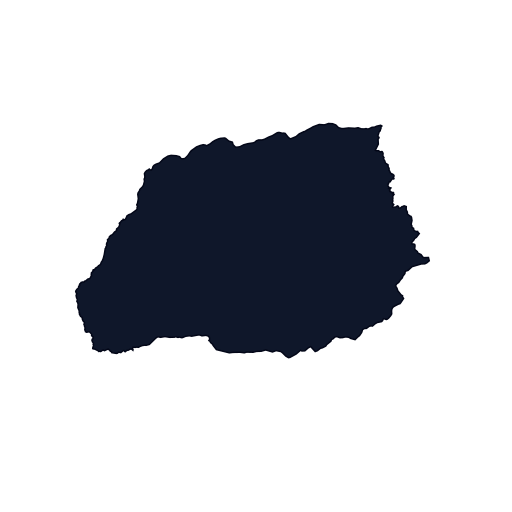 the district of Medina, Cundinamarca, Colombia, rotated 45°
{"feature_id": "7082276B34951383474081", "entity_name": "Medina", "entity_type": "district", "adm_level": 2, "iso_a3": "COL", "parent_name": "Colombia", "parent_adm1": "Cundinamarca", "projection": "equal_earth", "projection_center": [-73.418, 4.478], "detail": "fine", "context": "isolated", "style": "filled", "palette": "ink", "viewbox_px": 512, "rotation_deg": 45, "n_neighbors": 0, "source": "geoboundaries", "source_scale": "gbopen_adm2", "svg_char_len": 6107}
<svg xmlns="http://www.w3.org/2000/svg" viewBox="0 0 512 512"><g transform="rotate(45 256 256)"><path d="M355.6,124.7L353.8,124.7L352.9,124.3L351.8,125.5L349.7,126.3L347.8,125.0L346.0,125.5L345.0,124.5L343.3,123.9L341.2,120.6L338.6,118.7L337.5,118.4L336.8,118.8L333.6,119.3L331.9,117.9L329.5,117.1L327.3,114.8L325.2,115.8L325.1,116.6L324.3,117.9L324.2,119.8L323.2,121.0L322.7,121.1L321.7,120.2L320.5,120.6L320.2,122.6L318.4,124.6L317.7,124.7L317.3,124.3L317.0,122.2L314.9,122.3L313.9,120.3L312.9,119.7L312.2,118.6L310.4,117.0L310.0,114.8L309.0,115.2L308.6,114.1L307.9,114.1L307.3,115.2L306.6,115.0L305.1,115.7L304.7,115.1L303.7,115.0L303.3,112.5L302.7,112.8L301.8,114.2L301.3,113.3L299.7,113.2L298.7,111.9L298.6,111.1L298.1,110.9L298.0,109.8L297.7,109.2L298.4,108.7L297.9,106.4L298.0,104.5L298.8,104.3L298.9,103.8L298.5,103.5L297.5,103.5L297.2,102.1L296.5,101.4L294.6,101.5L294.2,102.3L293.7,102.0L292.4,102.2L290.3,101.4L289.6,101.4L288.1,99.9L286.4,99.5L284.8,98.1L281.9,98.8L279.5,97.6L277.8,97.3L277.2,96.8L277.0,96.0L274.9,95.5L273.2,93.5L271.6,93.0L271.1,93.1L270.3,94.5L268.2,94.9L266.6,96.6L265.6,96.9L263.4,90.4L259.8,87.2L259.4,85.4L258.9,85.1L258.3,85.3L257.4,85.1L255.3,81.2L255.3,79.6L254.6,78.7L254.3,77.6L253.2,76.5L253.1,75.1L251.7,75.4L249.5,78.9L248.7,81.1L247.0,83.0L246.0,86.0L245.3,87.2L243.7,88.1L242.7,89.6L240.6,91.6L237.5,93.1L235.6,95.8L230.9,100.0L227.6,104.2L226.3,105.4L223.6,106.9L219.8,106.9L216.6,108.3L213.6,111.0L212.0,114.3L211.2,115.3L207.7,118.3L205.0,124.2L204.4,126.6L202.9,131.3L202.6,133.1L201.8,134.5L200.2,139.0L199.9,143.2L197.7,148.5L196.7,149.1L194.4,149.2L189.9,148.7L188.7,149.5L187.8,150.6L185.2,152.1L184.4,152.9L183.8,154.0L182.5,159.3L180.9,162.9L179.5,167.3L178.2,169.7L175.7,172.2L174.8,174.3L174.7,176.4L174.0,178.0L170.7,182.5L168.7,186.0L167.4,190.0L166.3,191.6L164.6,193.5L161.1,193.5L158.8,192.2L155.4,194.0L151.3,194.3L150.3,194.8L147.7,197.9L146.6,199.8L145.3,203.1L144.6,205.9L144.3,209.1L143.3,212.4L142.8,213.2L141.9,213.3L140.0,214.6L138.4,217.3L136.8,220.9L135.8,227.1L135.8,228.2L136.8,233.3L136.8,237.2L135.5,239.1L134.2,240.1L131.7,239.8L128.7,241.5L124.8,244.9L123.1,247.6L121.9,252.7L122.0,258.4L120.4,261.7L119.8,263.8L119.9,265.5L121.1,267.9L121.2,269.3L120.4,269.9L119.0,270.0L119.0,271.4L118.5,272.1L118.3,273.4L118.4,275.2L118.9,276.7L121.1,278.3L122.1,279.5L122.5,280.7L124.3,282.0L126.3,285.4L126.8,287.2L126.8,291.0L127.6,292.6L127.9,294.5L128.7,295.9L132.3,298.7L135.0,302.6L135.4,304.0L135.8,304.3L137.1,304.4L137.5,305.7L138.4,306.4L138.9,307.8L137.9,314.5L136.8,316.8L136.4,318.9L137.1,320.5L137.7,322.5L137.0,324.0L136.3,323.8L136.1,324.0L136.5,325.0L136.0,326.2L136.3,328.2L136.1,329.1L136.3,329.6L136.9,329.5L138.3,331.8L138.5,333.4L138.3,335.4L138.5,335.8L139.2,335.9L139.3,337.9L139.0,339.0L139.4,342.4L138.8,344.0L138.7,346.0L139.6,347.6L139.4,349.4L140.9,350.6L141.1,351.8L141.9,353.4L142.9,353.7L143.5,355.8L144.1,356.3L144.1,357.3L147.7,362.3L149.7,365.7L150.8,368.3L151.0,369.8L151.9,371.6L151.9,373.0L151.5,374.2L151.7,375.6L151.1,378.0L151.5,380.0L150.8,380.6L150.7,381.3L151.5,382.0L151.6,384.5L152.2,384.9L152.9,386.0L153.8,386.3L153.9,387.7L154.5,389.4L153.4,391.2L153.2,394.1L152.6,395.0L152.8,396.4L151.9,396.8L151.0,398.4L151.3,399.2L151.1,400.0L151.3,400.9L152.2,401.6L152.0,402.8L152.4,403.1L153.1,404.3L152.9,406.3L153.4,408.4L154.8,409.2L155.8,409.2L156.8,411.2L158.8,412.5L160.2,412.8L161.5,414.8L162.7,415.0L164.2,415.8L166.6,418.5L169.8,419.8L170.8,420.9L171.6,421.2L172.1,421.9L174.6,422.7L176.6,422.4L177.8,423.4L179.7,424.2L181.6,424.2L182.9,426.2L183.5,426.2L184.7,427.1L185.8,427.5L187.2,429.3L188.3,429.6L188.9,430.1L190.1,429.7L191.7,427.4L194.6,427.4L195.4,427.7L196.1,428.6L198.0,428.5L199.2,429.7L199.0,430.7L199.7,431.7L201.2,432.4L202.6,432.4L203.4,433.7L204.0,433.8L204.5,434.3L205.3,436.0L206.0,436.9L206.4,436.9L207.9,435.8L211.6,434.6L212.3,434.7L212.9,433.8L213.6,433.5L213.9,432.7L214.0,431.6L214.5,430.5L215.8,430.1L216.7,427.5L217.4,426.3L219.5,426.1L220.5,426.4L221.5,425.8L222.4,426.3L226.2,423.6L226.7,422.8L226.9,421.1L228.7,419.9L229.0,416.8L229.7,416.1L230.5,416.4L231.2,416.2L231.4,414.1L232.3,412.9L232.8,411.1L233.3,410.3L234.0,409.8L235.6,409.7L235.3,409.2L234.1,408.7L233.5,407.5L235.5,405.7L235.8,405.0L237.5,403.6L237.9,402.0L238.9,399.8L240.4,397.7L241.4,396.9L243.1,394.0L243.2,385.1L243.5,383.2L243.8,382.4L246.0,381.0L248.1,378.0L249.3,376.8L252.4,374.6L254.2,372.7L255.7,371.1L256.5,369.5L257.8,369.2L258.8,368.2L258.8,367.7L261.1,366.4L261.7,365.7L263.0,362.5L265.3,359.5L267.2,358.2L270.9,352.8L272.1,351.6L274.2,350.7L276.7,347.5L278.6,346.5L279.8,346.4L281.2,346.8L282.3,348.1L282.5,349.1L283.8,348.8L285.0,349.3L287.9,349.1L288.7,349.5L294.2,350.2L305.6,343.3L307.8,340.5L312.7,335.4L316.2,332.7L317.3,330.6L322.0,326.1L323.8,323.1L327.0,319.7L329.3,315.6L335.5,312.2L337.1,308.7L341.1,306.0L343.0,305.7L347.9,305.7L350.9,304.9L351.7,303.7L353.7,296.9L354.1,291.5L354.2,291.2L355.6,290.7L357.6,288.5L357.9,284.0L358.7,281.4L365.4,281.7L366.4,279.5L366.8,275.8L367.9,273.9L369.0,270.4L368.6,268.7L369.2,263.3L368.5,261.9L368.5,261.4L369.0,260.2L369.1,257.5L369.5,256.8L370.2,255.8L373.1,254.5L375.0,252.4L376.2,250.3L377.9,248.7L379.5,247.7L381.1,247.4L385.2,245.1L385.2,241.4L385.5,239.1L384.8,235.4L383.4,232.7L383.5,232.2L384.0,230.5L385.3,229.1L385.8,225.5L386.9,223.9L387.9,223.2L388.1,219.9L388.7,217.4L391.2,213.6L391.2,212.2L390.6,210.8L390.7,209.9L393.0,208.8L393.5,207.8L393.7,206.1L393.4,202.8L392.9,201.0L390.6,198.9L389.5,197.3L389.2,196.1L389.1,194.8L389.7,192.6L390.8,189.2L391.5,188.0L391.4,186.8L390.4,181.7L388.4,181.3L387.8,180.5L385.9,180.9L380.8,180.3L378.5,179.1L375.8,178.5L375.2,176.3L375.6,173.8L375.0,170.8L374.9,167.9L374.2,166.8L373.7,163.1L373.0,162.4L372.5,160.9L373.7,158.7L373.9,153.2L378.6,144.6L380.9,142.2L381.6,140.1L381.9,136.9L379.0,135.1L376.0,138.3L375.1,138.8L371.7,138.3L368.4,139.4L367.0,138.8L363.8,139.1L363.0,138.6L361.3,136.4L360.1,135.6L359.2,135.9L357.9,137.1L357.5,137.0L356.8,136.5L356.4,135.5L356.4,133.5L355.8,131.5L356.2,129.4L355.6,124.7Z" fill="#0f172a" stroke="#020617" stroke-width="1.5"/></g></svg>